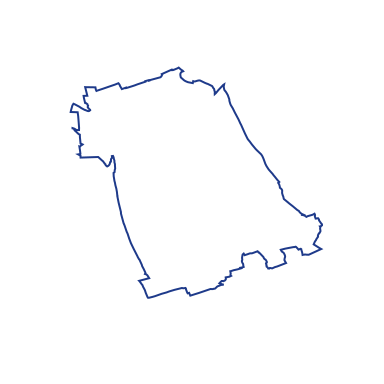 Stauceni, Botosani, Romania (Robinson projection), rotated 198°
{"feature_id": "2599482B98332276740934", "entity_name": "Stauceni", "entity_type": "district", "adm_level": 2, "iso_a3": "ROU", "parent_name": "Romania", "parent_adm1": "Botosani", "projection": "robinson", "projection_center": [26.772, 47.732], "detail": "fine", "context": "isolated", "style": "outline", "palette": "blue", "viewbox_px": 384, "rotation_deg": 198, "n_neighbors": 0, "source": "geoboundaries", "source_scale": "gbopen_adm2", "svg_char_len": 5964}
<svg xmlns="http://www.w3.org/2000/svg" viewBox="0 0 384 384"><g transform="rotate(198 192 192)"><path d="M316.2,261.7L326.0,258.7L321.3,251.2L324.8,249.9L323.7,247.8L321.2,243.7L320.6,243.9L320.2,243.7L319.9,243.5L319.5,243.5L318.6,243.2L318.3,242.6L317.5,242.0L317.5,240.6L317.2,240.2L315.5,239.2L314.3,238.7L314.1,238.3L314.6,237.8L314.7,237.4L315.5,236.9L316.2,236.8L318.2,236.9L319.0,237.0L319.3,236.9L323.2,237.6L325.5,238.3L330.7,239.2L332.0,239.3L332.5,237.3L332.3,232.2L332.1,230.6L325.4,232.5L323.7,229.0L321.0,222.5L319.2,218.1L318.6,216.0L321.1,215.2L322.2,215.6L323.7,215.9L325.4,215.9L325.3,215.6L324.0,215.7L323.2,214.9L322.8,214.5L322.3,214.2L317.8,212.1L316.4,211.9L315.5,209.4L313.0,203.7L310.7,203.4L311.0,202.9L311.9,202.5L311.9,202.1L312.5,200.5L313.2,200.5L311.4,197.0L309.9,193.8L310.0,193.6L311.9,192.6L309.3,192.1L308.6,190.3L292.0,196.3L286.9,194.0L285.8,193.6L285.0,192.8L284.3,192.5L283.7,191.9L283.0,191.7L282.7,191.2L282.2,190.7L280.6,190.1L279.7,191.0L279.1,192.2L278.9,193.2L279.0,194.4L279.1,195.1L278.5,195.8L279.1,197.8L279.1,198.8L278.6,199.8L279.3,201.4L278.3,201.9L277.3,200.8L276.5,199.3L275.5,197.9L274.9,196.2L273.9,194.7L273.5,193.5L272.3,190.5L272.3,189.1L272.0,187.9L271.8,186.9L272.5,185.9L271.3,182.7L270.2,180.6L269.2,178.6L268.2,177.1L266.9,174.7L265.0,171.8L264.1,170.1L263.4,168.8L262.2,166.1L261.8,165.5L261.6,165.0L261.7,164.9L258.5,159.2L253.4,151.0L253.2,150.5L253.1,150.0L252.8,149.4L247.3,141.0L246.9,140.7L246.7,140.3L246.0,139.6L241.9,134.1L240.4,132.5L237.5,128.5L234.3,124.5L230.0,120.0L224.6,114.6L223.8,113.8L223.6,113.5L221.5,111.6L221.1,111.5L220.4,110.7L217.2,107.2L216.5,106.1L214.1,103.8L211.5,101.0L211.2,100.5L211.3,100.3L211.4,99.5L209.9,99.5L208.6,98.9L206.1,96.8L214.8,91.2L214.4,91.0L211.0,88.5L210.5,88.3L209.1,86.6L207.9,85.5L206.4,84.0L204.9,81.9L201.9,78.4L201.1,77.8L200.1,78.2L197.2,80.0L195.0,81.5L189.4,85.8L185.2,88.6L182.8,90.5L178.3,93.6L171.9,97.6L170.6,97.7L169.6,98.2L169.3,98.3L168.6,98.7L168.2,98.5L167.9,98.2L167.6,97.5L165.5,94.9L164.8,94.3L163.6,95.2L161.6,92.9L154.0,98.3L144.5,105.4L144.0,105.6L143.0,105.8L142.0,106.2L141.6,106.6L140.6,107.0L140.2,107.3L139.4,108.7L139.0,109.6L138.2,110.5L136.6,111.7L136.2,112.3L133.2,113.7L135.0,113.5L137.7,113.7L136.7,115.8L136.3,116.5L135.4,116.8L134.6,116.9L133.4,118.0L133.1,118.6L132.9,119.2L132.9,119.6L133.1,120.2L133.6,121.2L133.0,121.6L132.3,121.8L131.8,122.2L130.4,122.9L129.4,123.8L128.9,124.3L129.6,124.6L129.8,125.0L129.9,125.9L130.0,126.4L130.2,126.8L131.1,128.5L130.5,128.8L128.2,130.5L124.8,132.5L121.7,134.6L122.4,135.0L120.8,135.9L119.7,136.7L120.4,137.7L121.0,139.1L121.3,139.5L122.1,140.1L123.0,141.2L123.2,141.7L123.3,142.0L123.2,142.7L123.3,143.2L123.9,144.5L124.1,145.0L124.5,147.8L124.5,148.2L123.8,149.4L122.4,148.2L119.9,150.0L118.0,151.5L117.6,151.7L116.1,152.2L115.6,152.5L111.3,155.9L109.9,155.0L109.6,155.2L108.0,154.4L104.1,152.3L103.6,151.8L103.2,151.3L102.2,150.6L101.4,150.5L100.4,149.9L99.1,148.5L99.2,147.6L99.5,147.4L99.6,147.0L99.1,146.2L98.4,145.4L98.5,145.0L98.2,144.5L98.0,144.1L97.0,143.7L96.2,143.2L95.9,142.8L94.8,143.1L94.7,143.5L94.5,143.8L93.6,144.0L92.2,144.1L89.8,146.3L88.1,147.4L80.6,153.5L82.5,155.2L83.0,155.7L83.2,156.4L83.3,157.0L83.4,157.8L83.4,158.9L83.5,159.4L83.6,159.7L84.5,161.0L85.6,162.1L86.0,162.4L86.4,162.6L88.1,163.1L89.0,163.8L89.7,164.5L88.4,165.3L85.9,166.9L83.2,168.4L78.6,170.9L78.1,171.1L77.9,171.1L76.5,172.0L76.1,171.9L74.3,171.0L72.9,170.1L71.3,171.5L71.0,171.6L70.4,171.4L70.1,170.7L69.0,169.2L68.3,168.1L67.4,166.3L66.8,166.7L65.8,167.1L65.3,167.5L64.0,167.7L61.6,168.4L54.0,175.4L51.5,177.7L53.5,178.1L60.1,179.8L59.8,182.8L59.2,184.7L59.2,185.1L59.1,185.8L58.3,188.4L58.7,189.0L58.8,190.5L58.6,191.5L58.4,192.0L58.2,192.0L58.0,192.7L58.1,192.9L57.8,193.6L57.7,194.2L57.8,194.5L58.0,195.2L58.4,195.9L58.8,196.5L59.1,198.2L59.7,198.8L58.9,199.2L58.7,199.5L58.6,200.0L58.3,200.4L58.1,200.5L58.2,201.0L58.5,201.5L58.9,201.8L59.4,202.0L62.2,204.1L62.5,204.4L62.7,205.0L63.9,206.0L64.1,206.0L65.9,205.0L66.2,204.9L66.7,205.6L67.4,206.4L67.7,207.0L67.8,207.2L67.8,207.9L67.9,208.1L68.1,208.5L68.8,209.2L70.3,207.6L74.6,204.7L75.5,203.7L77.7,204.4L79.7,204.3L80.2,204.2L80.2,204.3L79.3,204.9L81.1,205.1L83.3,206.0L83.6,206.3L84.5,207.0L86.3,207.4L92.0,209.7L95.6,211.0L102.4,213.7L102.7,214.0L103.8,215.9L104.8,217.0L105.0,217.4L105.8,218.5L106.2,219.5L106.5,220.7L106.8,221.5L107.6,222.3L108.1,222.6L109.7,223.2L110.3,224.5L111.4,226.1L111.7,226.4L112.8,227.3L112.1,228.5L114.6,229.9L117.9,232.1L119.7,233.2L120.2,233.6L120.9,234.1L124.0,235.9L126.0,237.1L127.0,237.9L129.1,239.6L130.9,241.4L134.1,245.5L135.4,247.0L136.5,248.1L137.9,249.2L143.1,251.7L144.8,252.6L149.7,255.7L152.9,258.0L154.1,258.7L155.5,259.7L156.2,260.4L159.7,264.0L166.2,271.2L167.3,272.2L167.8,272.8L170.3,275.5L175.8,280.8L179.1,284.2L181.9,286.6L182.8,287.6L184.1,289.5L184.7,290.4L184.8,290.8L185.2,291.7L187.9,295.2L190.1,297.2L191.4,298.2L191.7,298.3L192.8,299.1L193.8,300.8L194.3,301.8L194.5,302.4L194.7,304.3L195.4,303.4L198.4,297.1L199.8,293.5L200.6,292.1L201.0,293.2L201.1,294.0L201.3,294.6L202.0,295.2L202.5,296.3L202.9,296.9L204.1,297.6L205.2,298.7L205.8,299.0L210.7,299.7L211.1,299.6L213.5,299.8L218.4,300.5L219.0,300.5L219.8,300.3L221.1,299.6L223.4,298.0L224.1,297.8L225.1,297.8L224.9,295.8L229.7,295.2L231.5,295.3L233.4,295.6L234.6,296.0L235.2,296.3L237.8,297.4L238.1,297.6L238.9,299.0L239.3,299.8L239.5,300.5L239.6,301.2L239.4,302.2L238.9,303.1L237.7,304.1L238.4,304.5L240.3,305.0L243.1,306.2L244.0,305.2L246.8,302.8L247.7,302.1L248.2,301.9L248.2,302.3L249.0,302.2L257.2,294.8L256.6,294.3L256.7,293.9L256.8,292.7L257.4,291.4L259.1,290.3L266.9,285.2L266.8,284.9L267.4,284.5L267.7,285.0L270.7,283.0L270.4,282.5L277.2,277.5L279.3,275.8L281.2,274.4L285.7,271.2L286.8,270.5L287.0,270.9L290.5,268.2L293.2,270.6L294.1,271.7L295.6,272.7L298.5,270.3L302.1,267.6L309.0,262.4L313.5,259.1L314.1,258.6L315.0,259.5L316.2,261.7Z" fill="none" stroke="#1e3a8a" stroke-width="2"/></g></svg>